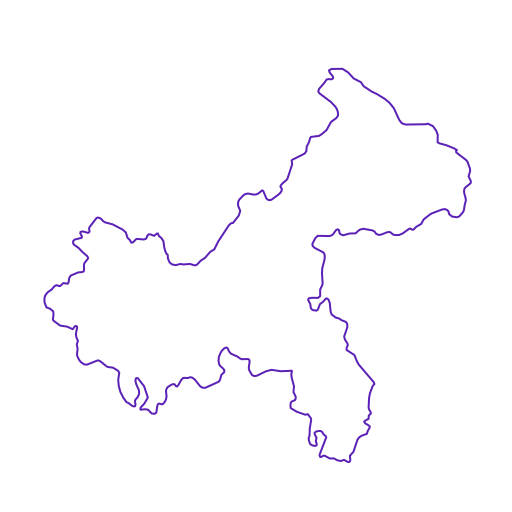 an SVG outline of Chongqing, rotated 6°
{"feature_id": "CHN-1154", "entity_name": "Chongqing", "entity_type": "Municipality", "adm_level": 1, "iso_a3": "CHN", "parent_name": "China", "parent_adm1": "", "projection": "mercator", "projection_center": [107.845, 30.195], "detail": "fine", "context": "isolated", "style": "outline", "palette": "violet", "viewbox_px": 512, "rotation_deg": 6, "n_neighbors": 0, "source": "natural_earth", "source_scale": "10m", "svg_char_len": 6066}
<svg xmlns="http://www.w3.org/2000/svg" viewBox="0 0 512 512"><g transform="rotate(6 256 256)"><path d="M262.9,199.1L265.0,198.7L266.1,197.9L272.8,191.7L274.5,189.1L274.7,186.5L273.2,184.8L273.1,183.5L274.8,180.9L278.5,177.1L279.3,175.4L282.4,161.0L281.5,157.4L281.9,156.6L293.6,149.1L295.1,146.6L295.0,142.0L296.9,136.9L297.5,133.1L298.3,131.8L306.0,130.0L308.4,128.2L313.0,123.4L316.6,114.8L321.3,110.6L322.7,108.2L322.9,106.4L322.1,103.6L320.9,101.2L319.3,99.2L314.4,95.0L302.9,88.1L301.6,87.1L300.7,85.6L301.3,83.1L305.7,76.9L307.8,73.1L309.6,72.5L312.6,72.4L313.9,71.5L314.1,70.5L313.7,69.5L310.0,65.6L309.2,63.8L311.5,62.1L322.4,60.8L328.1,63.6L334.6,69.2L342.2,72.2L345.3,75.9L353.7,80.3L359.0,82.2L367.7,86.3L372.9,89.8L377.7,94.7L384.3,105.8L386.7,108.3L388.6,109.2L391.3,109.6L411.3,107.2L413.1,106.4L418.5,108.4L422.3,112.8L424.1,116.5L424.7,123.9L426.7,124.8L433.6,125.9L441.3,128.1L444.6,129.6L444.0,130.8L444.4,132.1L454.9,138.6L456.4,140.0L459.6,146.6L460.1,149.1L459.1,154.6L461.7,158.8L462.0,160.7L460.9,162.2L457.4,165.5L456.3,167.2L456.1,169.5L456.5,171.7L458.5,176.7L458.9,179.2L458.2,183.5L458.0,188.4L457.4,190.6L453.9,195.5L451.5,196.5L447.0,196.3L443.8,194.3L442.7,191.4L441.1,190.2L439.0,189.6L436.4,190.2L426.1,195.4L424.6,196.6L419.0,202.0L416.9,206.9L412.3,210.2L409.8,213.3L409.0,213.5L406.3,212.6L405.4,213.0L399.7,218.1L396.2,220.1L393.1,220.6L390.2,220.4L387.1,218.3L385.8,218.2L383.9,218.7L378.1,221.7L375.9,222.2L373.2,221.4L371.2,219.2L369.2,218.4L360.0,217.7L356.8,218.8L354.9,220.4L353.0,222.8L351.9,223.2L346.9,223.8L340.5,226.3L337.5,225.4L336.8,224.6L335.8,221.6L334.5,220.9L332.9,221.9L330.2,226.6L328.4,227.9L327.0,228.5L315.2,229.5L313.1,232.1L310.8,238.1L311.3,240.1L313.3,241.7L322.8,245.5L324.1,247.5L324.5,249.6L324.5,252.6L323.2,261.2L323.4,266.0L325.1,276.1L325.0,277.9L323.3,282.6L324.0,289.2L322.0,291.2L315.9,291.7L312.9,292.7L312.5,293.4L312.6,294.6L315.0,298.0L315.9,301.9L317.2,303.4L318.6,303.9L321.9,304.0L323.2,302.7L324.6,297.2L327.4,294.6L329.7,291.4L330.4,290.8L331.5,291.0L332.7,291.9L334.2,294.8L336.1,303.7L337.4,306.3L341.8,308.9L345.2,309.5L347.8,310.9L352.2,312.1L353.7,313.7L354.3,317.2L352.1,326.8L353.1,329.7L356.0,333.3L356.6,335.0L355.7,338.1L355.7,339.2L356.3,340.2L364.2,344.2L367.3,350.0L369.5,353.2L386.2,369.1L387.1,370.9L385.6,373.2L383.7,380.5L383.3,385.1L383.8,394.5L384.3,396.6L386.1,398.8L386.7,400.7L384.9,402.8L384.9,406.2L381.7,408.4L381.0,409.5L382.1,411.0L386.5,413.1L387.0,413.8L387.0,414.8L385.5,418.1L384.8,421.3L380.2,423.5L377.6,425.5L376.1,428.1L373.4,440.5L370.3,444.8L371.1,448.9L371.0,450.1L370.1,451.2L368.8,451.2L364.8,449.5L362.2,450.9L358.7,450.8L354.4,449.1L350.7,449.7L345.4,447.5L343.7,447.6L341.8,449.1L340.8,449.1L340.1,447.9L340.1,446.6L344.8,429.0L344.1,427.8L341.9,426.4L340.3,424.2L338.8,423.3L336.8,423.4L333.9,424.4L332.7,425.9L333.1,427.3L335.2,430.5L334.8,433.8L336.0,436.4L336.0,437.9L334.8,438.7L333.0,438.7L330.8,438.1L329.4,437.1L327.9,433.9L327.4,431.8L328.0,428.9L327.5,421.9L328.0,413.2L327.5,411.6L324.1,407.9L321.7,408.7L313.0,406.7L306.6,403.7L306.0,402.1L305.8,398.9L306.5,397.2L309.7,395.3L310.4,393.6L310.1,391.6L307.5,387.4L307.4,381.6L304.2,373.3L303.4,369.5L303.8,366.9L303.5,366.4L292.7,368.0L283.3,367.6L278.0,369.6L270.0,374.6L268.2,375.4L266.1,375.5L264.3,374.6L261.0,370.0L260.5,367.9L260.7,361.6L260.0,359.8L259.0,359.3L252.8,360.1L251.1,359.7L247.7,357.8L241.4,355.8L239.3,353.9L237.4,350.7L236.3,350.1L235.5,350.3L233.8,351.4L231.9,353.9L230.8,356.2L229.6,360.5L229.7,364.2L230.6,367.4L231.7,368.9L235.6,371.8L236.6,373.5L236.4,375.0L234.0,377.8L233.1,383.1L232.1,384.9L219.5,392.3L217.3,392.6L215.5,392.2L213.8,391.1L208.1,385.3L205.5,383.7L203.5,383.4L200.9,384.5L197.1,384.7L195.8,385.4L194.5,387.3L192.2,392.6L191.1,394.0L190.0,393.8L188.4,392.1L187.0,392.1L185.2,392.9L181.8,395.7L180.8,397.8L180.6,399.8L181.7,404.8L181.5,407.8L180.8,410.1L179.1,412.7L177.9,413.4L175.5,412.9L174.4,413.2L173.7,414.4L173.5,415.9L173.2,422.1L171.8,423.5L168.7,423.5L164.6,420.1L161.5,420.0L157.6,420.9L157.0,420.4L157.2,418.6L160.4,414.4L163.0,408.7L163.1,407.7L158.3,397.2L151.4,390.0L150.4,389.7L149.5,390.2L149.1,391.2L149.2,393.1L150.4,396.2L153.6,401.8L154.2,405.3L153.2,408.5L151.0,411.7L150.9,413.4L151.7,416.5L151.4,418.0L150.2,418.4L148.4,417.9L144.5,415.5L142.5,414.9L138.8,410.7L135.3,405.3L133.1,399.5L131.9,393.7L132.2,386.4L131.1,384.9L129.4,383.8L125.3,382.0L120.8,381.9L119.1,381.5L112.4,377.1L110.3,376.3L109.0,376.6L99.3,381.7L96.5,381.8L93.0,379.9L90.8,377.6L88.8,374.3L88.2,372.7L88.3,367.0L87.0,362.5L87.8,359.0L85.9,355.8L85.0,352.3L85.6,345.8L85.3,344.9L84.5,344.4L83.1,344.9L81.7,347.5L81.1,347.9L75.6,346.0L68.6,345.7L64.6,343.4L61.6,341.6L60.7,340.6L60.7,334.9L60.1,332.3L56.8,330.0L53.0,329.0L50.6,324.5L50.0,320.4L50.5,317.3L52.4,314.1L56.5,310.4L58.9,306.9L60.7,305.9L63.6,306.5L64.4,306.3L66.8,303.5L67.6,303.1L71.7,303.2L72.4,301.5L72.5,297.5L73.8,294.8L80.9,290.9L84.7,290.2L86.3,289.3L86.4,286.5L85.8,283.9L86.0,281.2L88.7,276.9L89.2,275.9L89.0,275.0L88.2,273.8L83.2,270.3L78.5,266.4L73.8,263.8L72.9,262.7L72.6,260.7L72.8,259.9L74.0,258.6L80.6,256.2L80.9,254.7L78.9,252.0L79.0,250.4L81.1,249.6L86.3,250.5L87.3,250.1L87.9,249.0L87.1,246.1L87.3,244.9L93.5,234.8L94.7,234.3L96.2,234.5L97.9,235.1L100.1,237.1L102.2,238.3L110.1,239.5L120.7,243.7L124.1,246.2L126.3,251.3L128.9,253.3L130.4,255.6L131.4,255.7L132.7,254.8L134.9,251.9L135.9,251.4L142.7,251.3L144.6,250.5L145.4,249.1L145.8,247.1L147.0,245.7L149.2,245.6L152.5,246.6L155.1,244.1L156.1,243.9L157.3,246.2L160.0,248.0L162.3,250.8L164.1,257.8L165.3,260.7L166.7,263.1L168.0,264.0L168.8,268.0L170.7,271.3L171.7,272.2L173.8,273.2L177.0,273.5L181.8,271.8L184.8,272.0L191.1,270.8L196.0,271.7L197.3,271.4L198.5,270.4L201.6,266.3L205.4,263.3L210.1,256.6L213.8,253.8L217.0,245.3L225.8,228.3L227.7,226.1L229.6,225.6L234.7,217.5L235.6,212.8L232.9,207.7L232.6,204.0L233.6,201.5L237.3,196.7L239.2,195.4L241.6,194.7L246.8,195.2L249.4,194.9L251.8,193.6L255.3,190.1L256.5,190.7L260.2,197.5L261.1,198.4L262.9,199.1Z" fill="none" stroke="#5b21b6" stroke-width="2"/></g></svg>